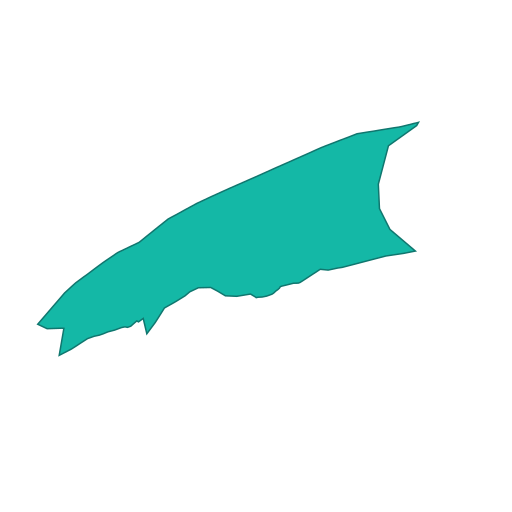 Burullus, Kafr ash Shaykh, Egypt (Mercator projection), rotated 315°
{"feature_id": "37247803B81519659380298", "entity_name": "Burullus", "entity_type": "district", "adm_level": 2, "iso_a3": "EGY", "parent_name": "Egypt", "parent_adm1": "Kafr ash Shaykh", "projection": "mercator", "projection_center": [31.2, 31.522], "detail": "fine", "context": "isolated", "style": "filled", "palette": "teal", "viewbox_px": 512, "rotation_deg": 315, "n_neighbors": 0, "source": "geoboundaries", "source_scale": "gbopen_adm2", "svg_char_len": 1821}
<svg xmlns="http://www.w3.org/2000/svg" viewBox="0 0 512 512"><g transform="rotate(315 256 256)"><path d="M226.7,285.6L228.3,286.6L231.4,289.4L235.2,291.9L240.3,294.3L242.3,294.7L245.4,294.8L247.7,295.2L249.7,295.3L251.6,294.9L253.2,295.7L256.3,297.6L256.8,297.9L263.3,301.8L263.8,302.3L265.7,304.1L266.8,305.1L268.3,305.8L270.4,306.3L292.0,310.8L297.1,317.0L305.3,322.3L308.9,325.0L316.9,329.7L336.9,341.4L347.8,347.8L362.2,358.5L372.2,365.2L369.5,331.9L376.8,309.8L393.3,291.7L427.6,271.7L461.8,277.4L465.4,276.4L463.8,275.5L461.2,273.8L457.7,271.8L456.8,271.2L450.5,267.4L449.3,266.6L448.2,265.9L444.9,263.4L438.8,259.0L434.1,255.6L427.2,250.7L422.2,247.0L415.8,242.4L413.9,241.0L405.6,237.4L397.9,233.9L382.3,227.0L381.5,226.7L379.7,225.9L379.3,225.7L378.0,225.2L373.9,223.6L363.3,219.6L353.5,215.8L342.3,211.5L332.8,207.8L309.9,199.1L307.4,198.1L284.5,189.2L283.1,188.7L278.4,186.9L266.4,182.4L258.9,179.7L251.5,177.0L238.6,173.2L228.9,170.4L223.4,168.7L219.9,167.7L215.4,167.2L209.2,166.5L201.9,165.7L198.0,165.3L192.7,164.7L186.7,164.1L183.0,163.7L180.2,162.7L174.6,160.7L166.4,157.8L166.2,157.8L162.8,156.5L160.6,155.8L158.3,155.3L156.3,155.0L147.6,153.3L143.2,152.5L134.6,151.2L122.4,149.5L119.7,149.0L109.6,147.5L104.2,147.2L94.5,146.8L86.9,147.4L77.1,148.1L53.4,149.9L56.9,159.7L67.4,169.5L69.0,171.3L46.6,187.1L59.8,191.3L66.7,192.8L70.6,193.6L73.8,194.3L78.5,195.3L81.4,196.7L84.8,198.3L89.1,201.1L93.0,203.0L97.6,204.9L103.6,208.4L110.3,211.5L112.6,213.0L113.3,213.5L114.7,215.6L117.8,217.1L121.5,217.3L125.8,217.6L126.3,219.5L132.1,220.4L123.8,233.8L137.6,231.8L144.4,230.3L154.5,228.0L167.1,231.5L171.3,232.5L177.7,234.0L183.8,234.5L184.4,234.7L192.8,237.7L201.7,246.2L204.0,253.7L206.2,262.5L213.9,270.9L225.2,279.0L226.7,285.0L226.7,285.6Z" fill="#14b8a6" stroke="#0f766e" stroke-width="1.5"/></g></svg>